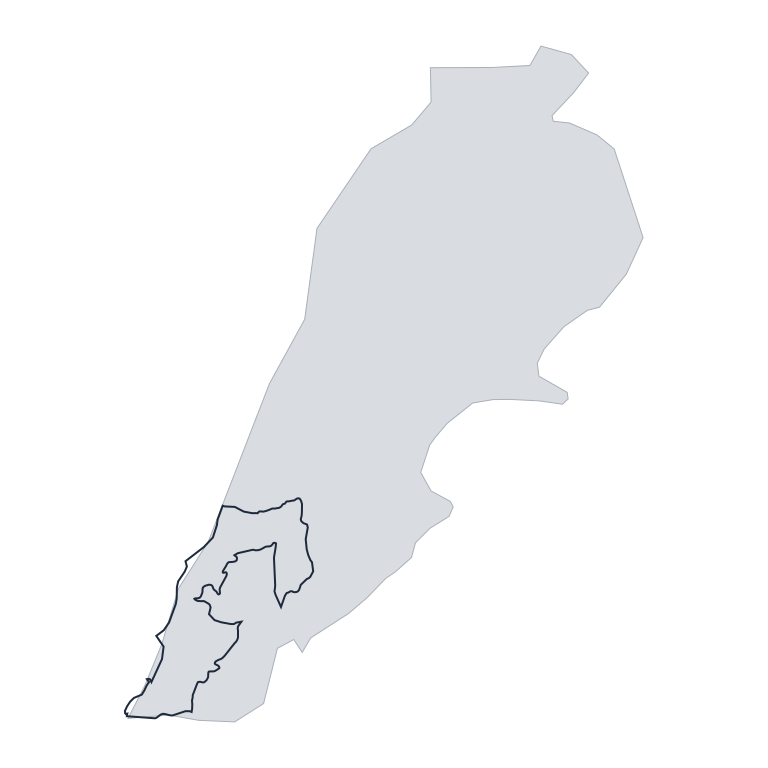 Lebanon, with South Lebanon highlighted
{"feature_id": "LBN-3060", "entity_name": "South Lebanon", "entity_type": "Province", "adm_level": 1, "iso_a3": "LBN", "parent_name": "Lebanon", "parent_adm1": "", "projection": "albers", "projection_center": [35.407, 33.345], "detail": "fine", "context": "in_parent", "style": "outline", "palette": "slate", "viewbox_px": 768, "rotation_deg": 0, "n_neighbors": 0, "source": "natural_earth", "source_scale": "10m", "svg_char_len": 4189}
<svg xmlns="http://www.w3.org/2000/svg" viewBox="0 0 768 768"><path d="M430.4,67.7L490.9,67.5L529.9,65.5L541.0,46.1L571.4,54.6L588.6,73.1L573.5,92.8L552.0,115.6L553.3,121.3L569.5,123.0L597.1,135.0L614.2,149.0L643.1,237.6L626.2,274.3L599.5,307.2L587.4,310.3L563.9,326.7L544.2,349.0L537.3,363.1L538.9,376.2L567.2,392.4L568.1,399.0L562.4,404.2L539.6,400.9L510.2,399.4L492.9,399.6L472.7,403.0L447.2,423.3L435.9,436.5L429.7,445.0L420.7,472.4L431.1,491.0L450.4,501.5L453.2,506.9L449.0,516.4L429.9,528.3L415.5,542.8L411.5,557.5L395.5,571.7L385.6,578.5L366.9,597.9L348.4,613.6L310.7,637.9L302.2,652.4L293.8,639.5L277.4,648.3L263.6,703.5L234.7,721.9L198.6,720.3L168.5,715.0L128.0,718.4L144.5,686.3L161.6,644.7L178.5,588.5L208.2,541.9L269.5,383.5L304.7,319.3L317.0,228.4L371.1,148.7L411.7,125.0L431.1,102.1L430.4,67.7Z" fill="#d9dde1" stroke="#a8b0b8" stroke-width="1"/><path d="M191.6,712.0L189.7,711.2L185.4,711.2L172.4,715.5L169.9,715.3L164.9,714.0L162.8,713.8L160.5,714.7L156.6,717.7L155.0,718.3L126.8,716.2L126.8,715.5L127.3,713.6L125.7,713.9L125.1,713.3L125.1,712.3L124.9,711.0L127.1,706.3L130.2,701.6L134.0,697.9L141.8,694.6L144.4,690.4L146.6,685.6L149.0,682.1L146.9,679.2L149.0,678.8L150.1,679.4L151.4,682.1L162.0,659.1L163.6,646.6L156.3,635.9L163.8,630.2L169.1,622.4L175.8,604.0L176.7,598.5L176.9,587.2L178.2,581.3L184.7,571.7L186.9,566.5L185.5,561.2L203.7,547.2L212.9,537.5L216.9,525.1L217.6,519.6L222.7,505.7L224.5,506.4L234.8,506.9L243.8,511.6L252.4,513.2L256.3,513.1L257.7,513.2L258.2,512.6L258.6,512.0L259.1,511.6L260.1,511.4L263.5,511.6L266.0,511.0L270.1,509.5L270.8,509.1L272.1,508.6L273.0,508.5L274.9,508.6L277.2,508.1L278.8,507.9L279.5,507.7L281.2,506.5L281.6,506.0L282.4,504.8L282.8,504.3L284.3,503.8L285.0,503.5L285.4,503.0L285.7,502.4L286.2,501.8L286.8,501.5L287.5,501.3L289.2,501.3L292.4,500.6L293.2,500.6L294.1,500.4L294.9,500.0L295.8,499.3L296.9,498.6L298.0,498.3L299.6,498.6L301.0,500.7L302.0,503.9L301.9,512.4L301.6,516.0L300.9,518.5L300.8,519.7L301.3,521.1L302.9,522.7L304.0,523.4L305.8,524.0L307.1,524.6L307.4,526.2L307.8,527.3L305.7,539.2L306.7,549.2L308.1,554.6L308.7,556.2L310.4,560.1L312.0,562.3L313.2,571.3L310.3,576.8L308.9,578.1L306.8,579.0L300.8,584.8L299.3,589.3L298.9,590.1L298.0,591.2L296.9,591.9L294.9,592.2L293.8,592.1L292.9,591.8L292.2,591.4L291.5,591.2L290.7,591.3L290.1,591.5L288.9,592.2L288.2,592.6L286.7,593.0L284.9,595.8L281.0,607.0L275.6,594.9L274.5,591.5L275.2,585.8L274.0,558.5L274.0,557.4L275.7,547.0L276.0,543.4L275.9,543.3L275.8,543.2L275.5,543.1L274.9,542.8L274.1,542.8L273.2,543.2L273.2,543.3L272.4,544.4L271.7,545.2L270.9,545.9L269.9,546.3L269.0,546.4L267.0,546.5L265.9,546.7L264.9,547.1L261.0,549.3L258.9,550.0L257.9,550.2L255.6,550.3L253.0,549.7L237.8,553.2L234.4,555.2L234.9,555.7L235.8,556.2L236.6,557.0L237.0,558.1L236.7,560.2L235.9,561.0L234.9,561.5L232.7,561.9L228.7,562.2L227.7,563.0L226.9,564.2L226.1,565.9L223.2,570.6L222.7,571.9L222.9,572.6L223.6,572.8L225.4,572.3L226.2,572.4L226.7,573.1L226.8,573.9L226.7,575.0L226.4,575.9L220.1,587.5L219.6,589.5L220.0,593.1L219.4,594.2L218.6,594.4L217.9,594.0L217.0,592.7L216.7,592.0L216.1,591.3L214.4,590.0L213.7,589.2L213.2,588.4L212.6,586.5L212.0,585.6L210.8,584.9L209.0,584.7L205.4,585.7L203.7,586.7L202.8,587.8L202.6,588.7L202.5,590.5L202.5,591.1L202.4,592.3L201.9,593.8L200.8,596.4L199.8,597.6L198.4,598.2L195.1,598.4L194.4,598.8L194.7,599.3L195.5,599.9L196.4,600.4L197.4,600.8L198.4,601.0L202.3,601.2L203.2,601.0L204.2,601.2L207.9,603.3L208.9,604.0L209.7,604.8L210.6,607.5L209.0,614.2L214.5,620.1L221.3,622.3L230.6,624.0L232.9,624.1L234.3,623.9L235.9,622.7L241.4,621.7L238.0,626.4L237.7,628.7L238.0,630.4L238.0,637.3L237.4,639.5L236.2,641.6L234.6,643.2L224.9,655.5L222.9,657.6L221.2,658.9L218.9,659.7L217.5,660.4L215.5,661.6L214.9,662.6L214.8,663.6L215.4,664.3L216.3,664.7L217.2,665.1L218.2,665.7L218.9,666.4L219.4,667.9L218.9,668.5L215.5,670.7L214.4,671.2L213.4,671.4L210.1,671.4L208.7,671.7L208.3,672.8L208.1,677.1L207.4,678.7L206.6,680.1L204.9,681.7L204.3,682.1L203.6,682.4L202.7,682.4L200.1,681.8L198.1,682.0L197.2,683.5L192.8,695.0L192.7,696.0L192.6,697.9L192.1,699.9L192.0,700.8L192.2,703.1L192.3,704.2L192.1,709.0L191.6,712.0Z" fill="none" stroke="#1e293b" stroke-width="2"/></svg>